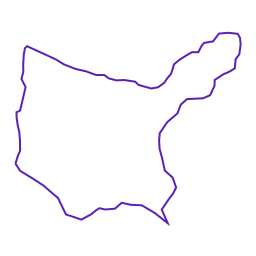 Mandria Pafou, Paphos, Cyprus
{"feature_id": "46923920B21655614517489", "entity_name": "Mandria Pafou", "entity_type": "district", "adm_level": 2, "iso_a3": "CYP", "parent_name": "Cyprus", "parent_adm1": "Paphos", "projection": "robinson", "projection_center": [32.541, 34.713], "detail": "fine", "context": "isolated", "style": "outline", "palette": "violet", "viewbox_px": 256, "rotation_deg": 0, "n_neighbors": 0, "source": "geoboundaries", "source_scale": "gbopen_adm2", "svg_char_len": 1148}
<svg xmlns="http://www.w3.org/2000/svg" viewBox="0 0 256 256"><path d="M15.4,163.5L20.2,170.9L33.3,178.9L43.7,185.7L51.0,192.1L58.1,198.1L65.9,214.4L81.4,219.6L91.3,214.2L95.8,210.5L99.4,208.2L105.4,209.5L114.9,208.7L121.7,202.8L130.8,204.8L141.8,205.3L154.9,213.1L167.7,223.2L167.5,222.7L161.7,209.5L169.0,198.9L173.2,193.4L176.1,187.5L172.7,177.6L164.8,170.6L162.2,158.5L159.6,148.9L159.1,140.3L159.8,133.1L167.2,122.2L177.4,113.4L180.8,104.6L187.0,99.1L203.0,98.3L210.1,95.2L214.5,85.9L214.5,84.9L214.7,80.0L223.1,74.4L229.3,71.7L234.8,68.4L235.6,59.3L239.3,54.3L240.3,47.0L240.6,44.5L240.1,38.2L237.8,33.8L230.4,33.0L227.9,32.8L219.0,33.6L213.0,41.4L204.1,42.9L201.8,45.5L198.3,52.2L191.9,52.2L187.4,54.8L179.4,59.8L173.9,64.4L172.9,68.4L171.0,73.9L167.2,78.4L164.2,82.8L158.0,87.3L151.3,88.5L138.7,85.0L135.2,81.7L124.1,80.0L116.4,80.4L108.9,78.4L104.2,75.0L96.0,75.0L86.3,71.4L75.4,68.9L63.7,64.3L56.2,59.6L27.1,46.2L24.9,48.3L23.8,54.6L23.2,64.4L23.3,72.0L21.4,78.8L25.6,87.1L20.1,110.6L16.5,112.3L16.6,117.4L17.7,125.0L19.3,132.4L20.0,140.3L20.1,150.9L17.9,155.8L15.5,163.6L15.4,163.5Z" fill="none" stroke="#5b21b6" stroke-width="2"/></svg>